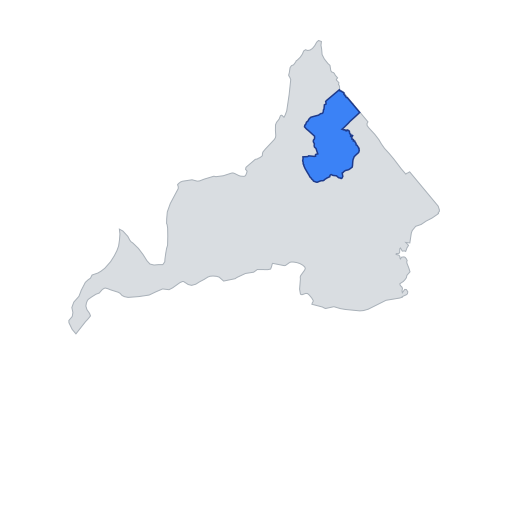 Haut-Nyong, Est, Cameroon (highlighted), rotated 230°
{"feature_id": "32672807B24706785822934", "entity_name": "Haut-Nyong", "entity_type": "district", "adm_level": 2, "iso_a3": "CMR", "parent_name": "Cameroon", "parent_adm1": "Est", "projection": "albers", "projection_center": [13.641, 3.366], "detail": "fine", "context": "in_parent", "style": "filled", "palette": "blue", "viewbox_px": 512, "rotation_deg": 230, "n_neighbors": 0, "source": "geoboundaries", "source_scale": "gbopen_adm2", "svg_char_len": 6141}
<svg xmlns="http://www.w3.org/2000/svg" viewBox="0 0 512 512"><g transform="rotate(230 256 256)"><path d="M130.4,341.7L131.4,339.1L138.5,327.1L143.1,307.8L145.1,303.3L147.2,300.3L157.6,290.1L161.5,286.8L167.1,283.1L171.1,275.5L172.4,274.8L174.2,274.1L183.1,267.8L183.9,269.0L184.4,270.5L185.1,271.2L188.0,271.7L191.9,271.7L194.2,271.3L195.4,270.0L196.7,266.5L197.4,265.8L198.3,265.6L202.6,268.1L209.7,275.1L211.5,276.4L212.3,277.7L213.9,284.1L214.7,285.7L216.3,286.3L219.0,285.9L221.9,284.8L224.5,283.2L227.0,281.1L228.7,279.2L229.4,277.8L229.8,272.6L230.4,271.5L239.7,264.0L239.4,263.2L237.9,261.1L236.6,258.8L237.9,256.4L239.4,254.6L244.8,248.3L245.1,243.8L249.4,236.7L251.9,227.3L252.0,225.5L257.6,215.1L263.5,214.2L265.7,212.8L268.3,210.2L270.0,207.8L270.8,205.6L271.4,201.2L272.5,196.2L273.1,191.8L274.9,187.8L277.8,185.7L283.0,184.1L283.7,183.3L284.5,180.6L285.2,171.7L286.1,167.7L290.8,163.3L292.9,156.3L294.8,149.0L300.2,140.2L306.5,131.4L309.4,129.1L311.9,128.0L314.7,127.9L316.7,127.2L323.5,122.9L326.3,121.4L328.4,119.9L328.9,118.6L329.1,116.6L328.4,112.1L329.6,108.8L330.3,103.7L330.6,99.7L330.3,98.3L329.1,96.0L327.0,93.5L323.6,92.0L319.0,91.6L316.5,90.7L315.6,86.1L315.3,83.2L312.1,68.0L318.0,68.0L325.1,69.8L326.9,71.2L327.8,76.4L330.4,79.4L334.9,81.8L337.8,86.8L338.9,94.4L341.4,99.0L341.9,99.7L345.5,108.3L345.7,112.2L345.4,114.9L346.8,118.2L344.6,123.9L344.0,127.4L343.8,132.3L345.1,140.9L347.2,147.5L349.5,152.9L351.9,157.1L356.0,161.7L360.3,165.9L364.4,168.6L360.6,170.1L353.4,170.4L349.2,169.5L347.2,169.4L345.2,170.0L337.5,170.8L329.7,170.4L322.4,169.4L318.0,169.6L314.6,172.1L311.9,176.0L309.3,179.1L310.2,182.4L312.2,184.3L315.9,188.4L319.3,192.4L321.0,195.1L327.7,201.0L334.1,206.2L337.2,208.1L338.4,208.4L341.9,211.5L346.8,216.4L351.3,224.1L357.6,239.7L358.9,240.9L361.1,241.8L361.3,243.4L361.2,245.8L360.5,247.8L355.5,256.0L351.1,259.1L349.8,261.0L348.2,265.7L344.2,275.0L342.5,276.3L338.5,282.5L335.3,290.4L334.5,291.7L333.1,292.6L328.5,294.6L327.0,295.6L324.6,298.1L324.3,299.6L325.4,301.9L326.7,303.7L329.1,303.7L330.4,305.4L330.5,317.6L329.4,319.5L329.4,320.3L328.8,322.4L328.7,324.8L329.0,325.7L330.0,326.4L331.2,328.1L331.9,331.8L333.5,345.1L334.3,347.2L335.6,348.6L339.6,351.5L343.9,355.2L345.2,357.7L346.0,361.7L347.7,364.8L347.6,365.9L347.0,366.3L344.3,366.6L345.2,368.9L347.4,372.8L358.3,385.1L368.8,396.0L371.3,396.8L373.1,397.0L373.9,397.7L374.9,399.2L378.4,403.2L379.0,405.5L378.3,407.7L379.1,411.1L379.7,412.3L379.5,413.4L379.8,417.6L380.8,421.2L382.4,424.3L382.2,426.5L380.2,427.7L379.0,429.8L378.7,432.6L379.3,436.0L380.8,440.0L380.9,442.4L378.3,444.0L375.6,441.2L372.5,439.4L367.8,436.1L363.1,435.0L357.1,434.8L354.5,435.2L350.0,432.5L348.5,432.2L346.5,433.3L345.2,433.3L343.5,432.9L340.0,433.0L339.7,431.1L339.1,430.7L335.4,430.9L334.3,429.3L333.8,429.5L332.3,429.0L329.3,426.8L326.2,428.3L319.6,428.1L286.8,428.0L286.0,426.0L284.3,424.9L281.4,424.8L272.7,425.2L266.0,424.9L261.5,424.1L255.9,423.6L249.0,423.9L242.0,423.9L229.4,423.3L222.4,423.4L222.5,424.6L222.1,425.6L221.7,427.8L177.1,427.6L173.4,426.1L172.3,425.1L172.0,423.3L171.2,423.1L171.9,415.3L173.4,408.8L174.0,402.8L176.1,397.4L175.1,392.1L173.8,389.8L167.1,382.2L170.2,379.4L166.1,379.7L165.2,376.9L163.3,373.6L164.5,373.0L165.7,371.2L169.3,371.8L169.2,370.9L166.1,368.0L166.4,366.6L167.7,365.0L167.1,364.3L164.8,366.0L163.1,365.9L161.8,364.9L160.9,364.7L161.5,366.8L160.2,368.8L159.0,369.4L156.9,369.3L155.2,368.8L154.7,367.7L153.2,366.9L148.7,365.4L144.9,363.8L144.2,359.2L142.7,357.2L142.1,354.9L141.8,352.4L142.3,348.4L141.4,347.8L140.3,347.6L138.6,347.8L137.2,347.5L135.4,345.4L133.8,344.5L134.8,348.5L133.7,349.6L131.0,349.3L129.8,347.8L129.6,346.6L130.9,341.8L130.4,341.7Z" fill="#d9dde1" stroke="#a8b0b8" stroke-width="1"/><path d="M270.3,356.9L270.5,357.5L270.1,360.6L269.3,363.5L270.1,364.3L270.3,365.1L270.1,365.9L268.2,366.8L265.7,369.2L263.9,369.4L262.5,369.8L261.6,370.7L260.6,371.0L260.4,372.1L261.2,373.7L262.8,374.6L264.2,375.4L264.0,376.4L264.2,377.6L264.0,379.5L262.9,381.7L262.5,382.7L262.5,382.9L262.3,384.8L262.3,386.1L262.2,386.7L262.9,387.7L266.0,390.7L266.1,390.8L267.4,392.2L269.0,395.1L269.2,397.8L269.3,401.1L270.4,402.9L271.0,403.1L271.8,403.9L272.4,403.8L273.0,404.3L274.3,404.3L275.8,404.6L276.7,404.1L278.0,405.0L280.0,405.2L280.7,405.5L281.0,405.0L281.6,404.5L282.4,405.4L283.5,405.1L283.9,404.6L285.2,405.6L285.7,406.1L286.0,407.4L286.7,407.2L286.1,405.7L286.8,405.3L287.6,406.1L288.5,406.8L289.5,406.4L291.7,407.8L292.4,407.5L293.5,407.3L293.9,406.9L293.5,406.0L293.9,405.6L294.6,405.7L294.7,405.1L295.1,405.1L295.7,405.1L296.4,404.1L297.5,403.6L297.8,403.4L297.8,404.6L298.0,407.5L298.4,412.4L298.7,414.3L299.0,422.3L299.3,427.7L300.3,427.7L303.6,427.7L305.1,427.7L305.6,427.7L306.1,427.7L307.7,427.7L309.6,427.7L309.8,427.7L309.9,427.8L310.4,427.8L311.0,427.7L311.9,427.7L313.2,427.7L314.4,427.7L315.9,427.7L316.0,427.7L318.3,427.7L318.6,427.7L318.8,427.5L319.1,427.3L319.3,427.3L319.5,427.1L320.0,427.1L320.4,427.1L321.2,427.3L321.8,427.3L322.1,427.3L322.9,427.3L323.3,427.3L323.8,427.6L323.9,427.8L324.1,428.0L324.3,428.2L324.5,428.2L324.9,428.1L326.4,427.5L327.5,427.2L328.0,426.9L328.6,426.4L328.9,426.6L329.1,426.7L329.4,426.4L329.6,426.4L329.7,426.7L329.8,426.7L329.8,410.1L329.6,408.7L328.2,408.0L327.4,407.3L327.9,405.6L325.6,403.3L324.7,402.3L324.5,401.4L323.6,400.7L322.7,399.3L322.7,398.2L323.4,397.3L323.5,397.0L323.7,394.4L324.4,393.0L326.4,388.7L327.1,387.0L326.8,384.4L326.0,382.5L326.1,380.8L324.8,378.5L324.9,377.6L323.8,376.2L320.7,376.3L318.7,376.7L313.6,377.4L310.2,377.9L308.7,376.7L308.0,375.7L307.9,374.6L307.2,373.7L306.3,373.2L306.1,373.2L304.3,372.8L303.7,372.0L302.9,371.3L301.8,370.8L299.8,371.1L297.7,370.2L294.5,369.0L295.0,368.0L295.4,367.1L295.2,366.4L294.2,365.8L294.6,364.9L298.9,360.7L298.8,360.0L299.0,359.5L299.2,359.1L301.8,355.7L300.2,354.5L299.0,353.0L297.2,352.2L296.2,351.3L295.0,351.2L294.5,350.7L293.8,350.5L291.4,349.8L286.7,349.0L283.4,348.5L282.0,348.1L280.3,348.3L279.2,348.1L277.7,348.4L276.6,348.2L276.4,348.2L273.7,349.7L273.0,350.6L272.6,352.1L271.8,354.3L270.6,355.7L270.3,356.9Z" fill="#3b82f6" stroke="#1e3a8a" stroke-width="1.5"/></g></svg>